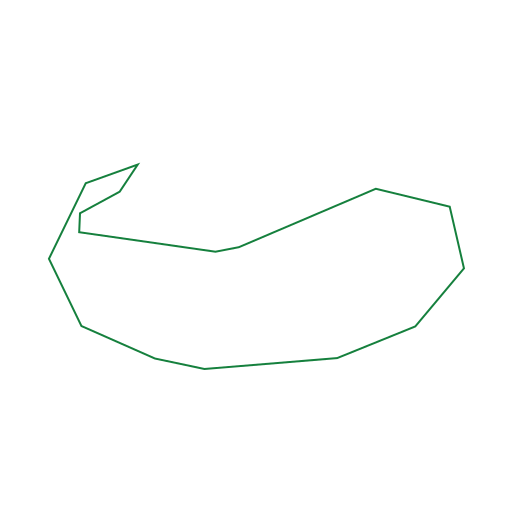 an SVG outline of Palmerston, rotated 254°
{"feature_id": "COK-4956", "entity_name": "Palmerston", "entity_type": "state/province", "adm_level": 1, "iso_a3": "COK", "parent_name": "Cook Islands", "parent_adm1": "", "projection": "robinson", "projection_center": [-159.781, -18.858], "detail": "fine", "context": "isolated", "style": "outline", "palette": "green", "viewbox_px": 512, "rotation_deg": 254, "n_neighbors": 0, "source": "natural_earth", "source_scale": "10m", "svg_char_len": 365}
<svg xmlns="http://www.w3.org/2000/svg" viewBox="0 0 512 512"><g transform="rotate(254 256 256)"><path d="M236.8,68.9L310.4,56.2L372.9,112.4L376.5,167.5L355.4,142.7L345.6,98.6L327.6,92.6L271.3,218.2L269.2,241.9L287.6,389.7L250.0,455.8L186.8,452.5L144.4,389.7L135.5,305.9L161.6,175.3L185.3,130.6L236.8,68.9Z" fill="none" stroke="#15803d" stroke-width="2"/></g></svg>